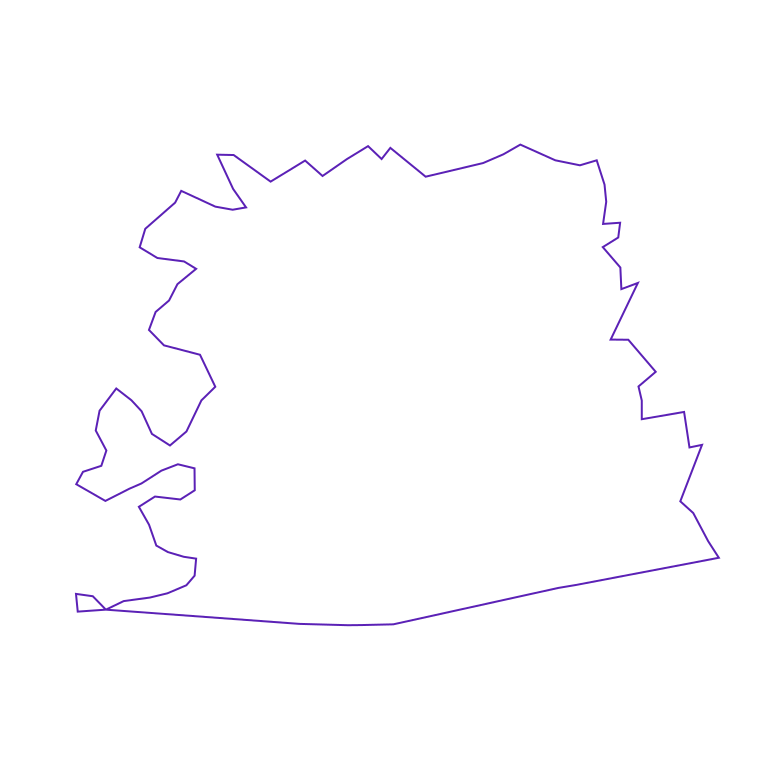 outline of Santa Lúcia, Paraná, Brazil, rotated 176°
{"feature_id": "56859067B61888752211446", "entity_name": "Santa Lúcia", "entity_type": "district", "adm_level": 2, "iso_a3": "BRA", "parent_name": "Brazil", "parent_adm1": "Paraná", "projection": "mercator", "projection_center": [-53.534, -25.393], "detail": "fine", "context": "isolated", "style": "outline", "palette": "violet", "viewbox_px": 768, "rotation_deg": 176, "n_neighbors": 0, "source": "geoboundaries", "source_scale": "gbopen_adm2", "svg_char_len": 1384}
<svg xmlns="http://www.w3.org/2000/svg" viewBox="0 0 768 768"><g transform="rotate(176 384 384)"><path d="M677.2,178.3L485.1,150.6L436.8,145.9L423.4,145.1L391.5,143.6L224.4,168.4L206.8,170.1L62.1,187.3L71.6,204.6L84.5,233.7L96.6,246.3L71.0,301.1L83.7,299.4L86.6,335.2L129.3,330.9L128.0,349.5L130.3,363.8L112.1,377.2L137.2,411.1L154.8,412.5L123.7,467.1L140.6,462.1L140.1,483.7L156.2,505.3L140.1,513.8L137.2,528.4L154.3,528.4L149.6,550.3L150.1,567.5L156.2,592.3L173.3,588.5L197.5,595.2L231.3,613.3L248.9,604.8L269.7,597.5L328.0,587.9L361.2,619.1L370.7,608.6L383.3,622.4L405.2,611.0L430.8,595.8L447.1,612.4L483.0,593.8L518.0,622.9L534.4,624.4L520.9,589.1L509.3,569.8L522.8,568.4L539.9,572.7L572.8,590.8L579.7,579.5L611.3,555.5L618.2,537.4L601.3,525.5L574.9,520.2L563.4,512.0L583.1,498.0L592.6,482.3L606.8,471.8L614.7,454.3L600.8,437.9L565.5,426.0L552.5,393.0L567.3,380.4L584.4,350.4L601.8,337.6L619.0,350.4L627.7,373.7L637.1,385.4L651.4,398.2L669.6,377.2L674.8,357.7L665.6,337.0L671.7,322.1L690.4,317.4L698.0,305.5L670.1,286.8L645.3,297.3L632.9,301.7L612.1,313.1L595.2,318.3L578.9,313.1L580.2,291.2L595.2,283.0L620.3,287.7L637.1,278.6L628.2,260.0L622.4,238.7L611.3,231.4L595.8,225.6L583.6,222.9L586.3,206.0L595.2,197.0L614.7,190.3L632.4,187.3L658.8,185.6L677.2,178.3ZM705.4,178.3L677.2,178.3L689.3,192.6L705.9,196.1L705.4,178.3Z" fill="none" stroke="#5b21b6" stroke-width="2"/></g></svg>